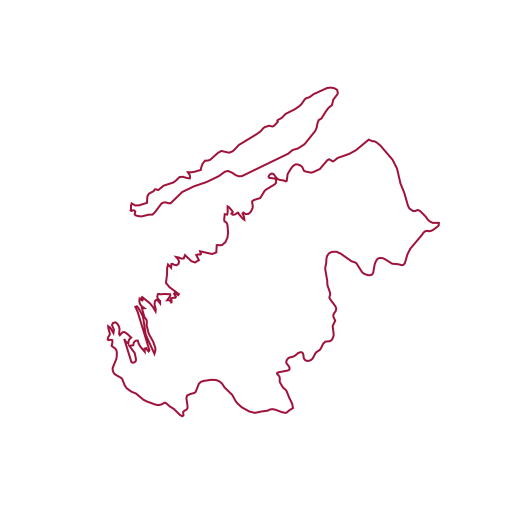 the County of Kalmar, rotated 215°
{"feature_id": "SWE-180", "entity_name": "Kalmar", "entity_type": "County", "adm_level": 1, "iso_a3": "SWE", "parent_name": "Sweden", "parent_adm1": "", "projection": "robinson", "projection_center": [16.294, 57.172], "detail": "fine", "context": "isolated", "style": "outline", "palette": "rose", "viewbox_px": 512, "rotation_deg": 215, "n_neighbors": 0, "source": "natural_earth", "source_scale": "10m", "svg_char_len": 6128}
<svg xmlns="http://www.w3.org/2000/svg" viewBox="0 0 512 512"><g transform="rotate(215 256 256)"><path d="M322.6,99.5L324.2,103.1L325.5,104.7L327.2,103.9L328.7,102.4L329.8,102.8L330.5,104.7L330.7,107.8L331.6,108.9L335.5,112.1L336.8,113.7L334.3,113.7L328.6,111.1L330.0,114.0L334.3,116.8L334.8,118.9L333.2,121.0L330.7,121.0L328.1,119.8L326.2,118.3L323.3,113.5L322.1,113.0L321.6,116.9L320.3,118.2L317.3,118.4L311.4,117.6L311.9,115.9L311.9,114.3L311.3,112.7L310.4,111.1L313.6,111.2L316.4,112.5L297.3,97.7L295.9,97.8L294.8,98.8L294.2,100.5L294.6,101.8L295.7,103.2L299.8,107.0L308.3,109.8L305.3,112.5L306.3,114.4L306.4,116.2L305.8,117.8L304.3,118.9L301.6,116.8L298.7,115.4L292.2,113.7L294.2,116.2L293.1,117.6L292.1,116.9L289.2,116.2L289.2,117.6L321.1,142.5L325.7,145.2L324.7,146.5L322.2,145.8L315.1,142.3L313.0,140.7L301.2,128.3L283.1,117.6L284.3,121.0L286.0,123.2L291.1,126.8L299.5,130.9L305.9,136.6L307.9,139.8L309.1,140.9L312.6,142.1L319.5,147.8L317.6,149.2L320.7,149.2L323.3,150.0L325.4,151.7L326.9,154.3L323.7,154.3L323.7,155.7L325.7,155.7L325.7,157.1L315.7,156.4L311.2,155.1L306.5,153.0L307.5,154.8L311.5,158.3L312.9,161.3L312.5,162.9L310.6,163.2L307.4,162.2L308.7,164.1L312.2,164.9L313.6,166.1L314.5,168.5L313.8,169.3L312.4,169.7L309.6,172.1L304.4,175.4L303.6,174.6L303.3,172.8L303.4,168.8L302.2,169.8L300.9,170.1L299.5,169.7L298.2,168.8L299.6,171.1L301.4,172.6L299.2,174.9L298.2,175.4L298.2,176.7L301.4,178.0L301.4,179.3L297.3,179.3L297.3,180.5L308.8,180.8L314.3,182.3L318.5,190.2L321.9,195.2L323.2,198.6L318.8,197.7L320.7,200.9L319.9,201.7L317.8,201.9L315.7,202.9L315.0,205.2L315.8,207.2L317.9,208.7L320.8,209.4L318.3,210.5L315.6,211.1L313.8,212.5L314.7,216.0L306.0,214.7L302.3,215.7L300.4,219.9L305.5,222.5L304.1,224.3L302.6,225.1L302.2,225.9L304.5,227.8L293.0,232.5L290.6,236.2L294.4,242.4L290.2,245.2L289.0,249.8L290.0,254.9L292.4,259.3L296.7,264.5L298.3,265.9L299.9,266.5L301.7,266.3L303.1,267.8L305.6,272.3L303.4,273.4L304.3,275.6L307.7,280.3L305.8,280.4L300.5,279.0L300.2,278.5L300.5,276.7L299.4,276.4L298.4,276.6L296.9,278.2L295.9,280.9L295.3,281.3L294.2,280.5L288.2,279.0L286.3,279.0L288.6,281.5L291.3,282.9L291.3,284.3L288.3,284.4L286.3,286.2L285.6,289.3L286.3,293.4L287.8,295.7L289.5,297.2L290.5,298.6L289.8,300.7L285.8,305.9L286.3,314.4L285.8,316.3L281.7,325.6L281.6,327.3L282.8,329.5L284.7,330.4L289.9,327.6L291.2,328.2L291.5,329.8L291.1,331.5L290.3,332.7L288.6,333.2L284.5,331.8L282.3,331.5L279.9,332.0L276.9,333.7L274.6,334.1L273.9,335.1L277.1,341.3L277.5,347.5L277.3,351.0L276.2,353.7L274.2,355.0L271.7,355.6L269.2,355.5L265.6,353.3L263.7,353.7L258.8,355.8L257.4,357.3L253.6,363.8L252.5,375.3L251.6,377.2L247.3,377.5L246.4,379.4L245.4,383.1L238.2,393.1L234.8,400.0L230.4,416.0L226.7,416.7L225.1,417.8L222.2,418.2L217.5,417.8L199.4,413.2L190.6,408.5L179.3,398.3L170.8,392.8L160.3,384.3L157.5,382.9L153.1,382.9L151.2,384.4L150.0,386.4L147.5,387.0L139.6,385.6L136.4,384.4L133.6,384.0L130.3,384.5L125.2,388.0L124.0,386.1L124.0,384.6L126.1,378.5L127.2,376.7L128.5,375.5L130.3,374.7L131.6,373.3L132.2,371.3L132.2,367.9L133.8,350.6L132.9,344.2L129.9,335.4L130.2,333.3L131.2,332.1L134.9,330.8L140.0,327.8L149.3,327.3L151.2,326.8L153.1,325.7L154.4,324.3L154.9,322.5L154.7,320.0L154.0,317.2L150.4,309.5L150.3,307.4L151.3,305.9L153.1,304.6L157.3,303.4L160.1,303.7L169.2,307.5L170.7,307.7L174.7,306.5L188.3,306.5L192.6,305.6L196.2,302.9L197.8,299.9L197.8,296.9L196.8,294.3L194.2,290.0L192.9,286.8L191.8,285.0L183.5,276.6L180.8,273.1L174.3,268.4L173.2,267.1L172.1,264.0L170.4,263.1L162.2,260.4L160.0,258.9L159.1,256.5L159.2,253.7L158.8,252.0L157.8,250.7L154.0,248.4L153.1,242.7L147.1,236.0L146.2,233.5L145.8,231.1L146.2,229.4L146.7,228.5L150.0,225.7L150.7,222.8L149.8,217.2L150.0,215.3L151.5,211.5L151.5,209.9L150.8,204.6L151.4,202.1L152.8,200.2L154.4,199.2L155.8,198.9L158.1,199.6L161.0,202.7L162.1,203.3L163.4,203.3L164.6,202.5L165.9,200.6L166.7,197.2L167.7,195.1L170.8,191.4L171.1,189.4L170.9,187.5L170.3,186.3L169.2,185.5L165.8,184.5L164.3,183.6L163.5,182.1L164.1,180.6L171.0,173.5L171.6,172.3L171.2,171.6L167.9,170.8L166.0,169.0L165.0,167.2L163.7,166.1L158.4,163.7L154.5,163.3L152.8,162.5L148.2,159.4L141.6,155.7L138.5,152.7L140.3,148.4L141.1,145.2L142.4,144.1L145.6,142.8L152.0,141.2L154.7,140.0L156.4,138.4L157.8,135.9L162.4,131.7L166.9,126.9L172.3,124.8L180.9,123.9L186.6,124.6L189.3,125.4L195.8,128.6L206.4,130.3L210.8,132.1L214.4,132.3L217.5,131.5L221.3,129.2L227.2,123.7L229.0,121.2L229.5,118.6L227.5,110.1L227.9,108.5L230.7,105.2L232.4,102.1L231.5,99.6L226.2,94.0L225.0,92.4L224.7,90.7L226.0,87.7L226.2,86.5L224.0,83.7L224.5,82.5L226.9,82.2L235.6,83.6L240.3,83.3L244.9,83.9L246.7,83.5L248.2,80.3L250.3,77.9L253.1,76.6L262.1,74.2L265.7,73.7L275.3,74.5L280.3,73.4L286.1,73.5L289.5,74.8L295.2,78.6L296.9,78.8L302.4,78.2L304.7,78.3L306.7,79.3L308.3,80.7L309.3,82.4L311.3,91.3L312.5,93.9L314.6,97.1L316.5,98.9L318.8,99.5L322.6,99.5ZM388.0,227.8L383.9,228.1L380.8,230.5L375.8,237.0L379.2,242.6L379.5,245.5L377.1,250.4L377.0,252.8L373.8,254.1L372.0,260.6L365.8,268.9L364.9,271.7L363.9,276.8L361.3,279.0L358.0,280.0L354.7,281.6L355.6,283.2L356.8,284.4L359.9,285.5L357.0,287.5L354.8,289.6L350.6,294.8L351.7,297.2L352.7,301.2L352.4,304.9L350.2,306.5L348.7,308.6L346.3,318.7L344.6,322.2L337.4,325.1L335.5,327.8L334.8,329.6L333.7,337.2L325.1,356.8L323.8,360.6L323.3,365.0L322.7,366.7L320.0,370.2L316.8,371.5L315.9,373.2L315.1,378.4L316.1,379.0L316.1,380.0L314.1,383.9L313.3,389.3L308.3,398.6L306.8,402.6L305.9,406.2L305.9,412.1L305.4,414.0L303.3,416.7L301.6,421.7L294.1,434.4L291.4,436.8L288.0,438.4L284.8,438.6L282.4,436.4L282.1,434.7L282.4,428.4L280.3,423.2L281.6,419.0L281.7,414.3L281.3,406.2L282.6,403.2L281.7,399.8L280.0,396.1L279.2,392.5L280.3,376.0L280.8,374.2L283.3,368.2L286.8,363.8L288.3,358.3L313.4,313.3L315.9,311.4L319.0,310.6L323.6,310.5L327.7,309.6L329.8,307.3L332.3,300.0L339.0,288.1L346.7,277.6L353.1,266.2L356.2,250.2L357.6,249.2L360.8,248.1L362.7,246.4L363.5,244.7L363.9,233.9L364.5,230.6L367.8,228.1L372.3,222.9L374.8,221.4L377.6,220.3L379.2,220.4L380.4,223.2L381.7,223.5L383.0,222.9L383.9,221.4L384.9,221.4L385.0,222.2L387.3,225.6L388.0,227.8Z" fill="none" stroke="#9f1239" stroke-width="2"/></g></svg>